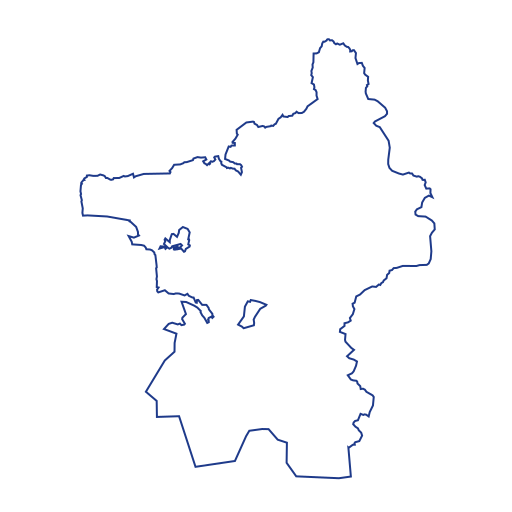 Batken, Batken, Kyrgyzstan, rotated 272°
{"feature_id": "92254566B65149347501284", "entity_name": "Batken", "entity_type": "district", "adm_level": 2, "iso_a3": "KGZ", "parent_name": "Kyrgyzstan", "parent_adm1": "Batken", "projection": "equal_earth", "projection_center": [70.889, 39.851], "detail": "fine", "context": "isolated", "style": "outline", "palette": "blue", "viewbox_px": 512, "rotation_deg": 272, "n_neighbors": 0, "source": "geoboundaries", "source_scale": "gbopen_adm2", "svg_char_len": 6114}
<svg xmlns="http://www.w3.org/2000/svg" viewBox="0 0 512 512"><g transform="rotate(272 256 256)"><path d="M474.8,319.5L473.8,319.0L472.5,317.0L472.6,315.8L470.8,314.8L467.8,314.3L466.0,312.8L461.8,311.7L460.6,309.5L460.4,306.5L451.6,306.6L449.4,305.8L446.3,306.1L442.8,304.9L440.7,305.3L438.7,304.9L436.7,306.6L430.7,305.5L429.4,307.9L426.7,308.5L424.8,308.1L423.9,309.8L421.8,310.8L418.4,310.9L415.0,312.1L407.4,302.3L404.9,301.2L401.8,298.9L400.5,296.8L400.3,293.5L401.6,291.5L400.2,290.4L399.4,288.3L397.5,287.4L397.0,283.7L396.0,282.8L396.4,278.5L398.0,277.6L395.4,275.8L393.9,273.7L388.8,271.2L388.3,270.0L386.6,268.6L386.9,266.7L386.3,266.3L385.4,261.9L384.6,260.7L385.7,259.8L386.2,258.1L385.0,253.8L387.0,252.4L388.2,249.9L389.9,249.3L390.2,248.3L389.1,241.7L381.4,232.2L377.6,232.6L376.6,233.5L372.5,231.3L369.1,228.5L368.3,228.7L368.2,230.9L365.7,231.0L365.5,227.6L364.2,226.8L364.5,224.9L356.4,222.0L351.9,221.7L350.5,225.6L349.4,226.9L349.0,229.9L347.7,231.6L347.7,233.3L347.1,233.8L347.2,236.8L346.3,238.0L344.7,238.9L343.6,238.0L339.3,239.0L336.7,238.0L339.8,235.2L340.9,232.8L342.5,231.5L342.5,229.8L343.2,227.7L342.6,226.9L343.3,225.2L342.9,223.9L343.5,223.7L346.0,218.7L347.6,218.0L349.1,218.1L349.5,217.2L351.9,215.5L354.5,214.8L353.9,211.5L353.1,210.8L351.0,212.0L349.3,210.6L348.6,208.9L349.1,207.7L347.6,206.4L346.7,206.9L346.0,206.2L346.6,205.3L345.1,203.9L346.4,202.4L346.8,201.2L348.8,199.9L350.7,203.0L352.9,201.8L352.4,197.6L352.8,194.1L351.2,190.1L349.6,189.6L347.4,183.5L347.2,181.1L346.2,180.1L344.9,177.1L344.3,171.0L340.9,169.1L338.0,166.6L336.9,167.6L335.5,167.0L334.1,141.0L331.5,133.0L330.3,131.3L333.9,130.2L331.4,125.1L330.9,122.2L331.4,121.0L329.2,116.6L328.9,111.1L327.6,110.5L327.1,108.8L327.2,107.8L328.8,104.7L328.7,103.3L330.5,102.1L331.2,100.8L332.0,97.4L330.6,94.8L330.4,90.5L330.9,86.7L330.5,84.2L329.1,84.2L327.6,81.8L326.7,81.3L326.0,81.8L325.7,80.8L323.3,78.9L322.3,78.8L322.0,79.4L320.7,78.6L314.5,78.3L311.8,79.0L310.7,78.5L305.7,80.0L304.4,79.6L297.5,81.2L293.0,81.0L290.3,81.7L290.7,86.3L290.3,105.8L287.1,128.6L286.2,128.4L285.7,129.6L280.9,135.2L275.9,137.2L273.5,137.3L272.4,138.3L270.1,133.3L271.5,128.0L265.9,131.3L263.3,131.9L263.0,140.9L262.4,143.8L260.6,145.5L258.9,146.2L258.8,149.8L258.1,151.8L256.0,154.2L254.2,154.6L253.4,155.4L243.0,157.0L241.1,157.2L240.3,156.6L232.1,157.7L229.4,157.3L227.5,157.9L221.5,157.9L221.1,159.7L218.9,158.3L217.2,158.6L216.2,159.6L218.6,166.1L215.5,170.0L215.1,175.1L215.8,177.2L215.8,180.4L214.1,186.0L215.8,188.8L213.9,190.2L212.3,193.9L212.3,195.1L207.4,197.4L207.2,198.4L209.9,198.6L210.1,199.8L205.3,203.9L205.4,208.2L202.4,210.5L201.0,210.8L196.7,214.4L195.3,214.5L193.8,215.7L192.6,214.5L193.8,213.5L192.4,210.9L190.6,210.3L190.3,210.9L188.2,211.1L187.4,209.6L192.5,206.5L194.8,204.3L198.0,202.5L199.1,202.7L202.4,199.2L204.3,195.8L207.6,187.8L207.7,183.2L195.5,188.0L191.8,184.6L190.3,184.4L185.8,187.3L184.9,186.6L184.3,183.9L185.8,182.3L184.9,180.2L186.4,174.6L185.1,171.1L179.8,166.6L175.6,179.2L166.3,177.7L157.5,177.9L148.4,168.5L116.5,150.7L107.7,161.8L91.7,162.6L93.2,184.7L43.2,202.9L50.4,242.1L75.6,252.4L81.1,255.4L83.3,268.2L83.4,274.6L73.2,284.1L70.5,293.4L50.4,293.8L37.2,303.9L36.8,346.6L38.9,358.5L67.9,355.0L67.6,355.4L70.7,359.3L70.9,361.3L72.2,360.9L73.4,361.7L74.6,365.7L80.2,368.3L83.1,367.3L85.4,364.8L87.3,363.9L88.9,361.3L91.3,359.0L93.0,359.4L94.6,360.8L95.4,363.6L101.9,366.0L100.9,368.8L101.5,369.9L101.3,371.6L99.6,374.2L104.0,375.1L110.7,378.1L119.2,378.6L120.8,377.4L124.1,371.1L126.2,369.5L127.1,367.6L126.7,365.3L129.6,364.7L132.1,361.9L134.0,361.5L134.8,360.7L135.1,357.4L135.9,355.1L140.0,351.9L142.1,356.0L144.1,357.6L149.8,359.8L154.1,360.6L155.9,357.3L157.1,352.7L159.0,350.5L165.6,357.2L167.5,354.4L173.5,348.4L175.3,347.9L181.1,348.2L183.1,342.5L185.8,342.7L189.2,346.9L191.9,346.8L192.9,350.3L194.7,352.9L197.3,352.0L201.2,354.8L206.4,356.2L209.1,354.6L211.7,354.2L212.8,356.2L219.1,357.6L221.1,361.3L225.7,365.8L229.6,373.2L229.3,377.1L231.8,379.8L231.4,381.2L233.3,382.2L234.3,383.8L236.0,384.5L238.3,387.2L241.8,387.7L243.6,389.7L246.0,390.0L246.7,392.4L248.7,394.0L249.0,397.0L251.2,403.0L251.6,416.7L252.6,419.7L253.1,427.0L254.6,428.9L259.0,430.7L266.8,431.1L281.9,429.3L285.4,431.0L288.8,433.7L294.8,433.1L297.6,430.5L301.3,424.1L301.5,416.7L303.0,414.0L305.9,413.6L308.3,415.2L310.6,419.6L315.3,420.2L320.0,422.7L322.4,426.7L320.9,430.2L325.0,428.1L328.8,428.1L329.6,427.2L329.3,423.8L332.8,422.1L335.5,423.0L338.1,422.0L337.8,420.3L338.1,419.6L339.3,419.3L340.9,417.1L341.4,415.3L340.9,414.0L341.9,410.5L343.9,409.1L343.9,407.0L344.7,405.9L342.5,400.0L343.4,396.0L345.9,389.1L348.7,386.3L352.5,384.9L356.8,384.8L368.9,385.9L375.8,384.5L389.1,375.2L390.4,371.6L393.0,369.0L394.6,370.2L400.2,380.0L402.7,382.0L405.2,381.9L408.7,379.9L414.9,372.2L416.4,369.1L416.8,362.7L422.3,360.1L424.1,359.8L427.9,360.0L429.5,361.3L430.7,360.9L431.8,362.5L435.2,361.7L439.0,361.8L441.1,358.7L442.5,357.7L447.7,358.0L449.8,356.2L452.7,355.0L452.4,352.1L451.4,350.7L457.3,348.5L462.3,348.8L465.1,346.7L465.0,345.5L463.9,344.5L463.7,343.0L465.3,343.0L466.8,342.1L468.1,340.8L468.2,339.5L469.5,337.4L471.6,335.8L470.1,332.4L471.2,329.7L470.4,328.5L471.5,326.8L473.1,326.0L474.3,324.4L474.0,322.4L475.0,321.6L475.2,320.4L474.8,319.5ZM183.4,246.2L185.0,244.3L186.8,240.5L195.2,246.0L205.0,246.7L210.4,249.4L210.0,251.7L211.8,252.3L211.1,256.9L210.1,261.5L207.6,268.1L206.7,267.5L203.4,262.1L195.2,257.1L192.4,255.9L189.0,256.5L186.7,256.3L183.4,246.2ZM257.7,183.9L260.8,181.0L259.5,174.6L259.7,173.7L261.3,173.4L261.5,175.0L260.7,176.4L262.4,176.1L263.0,177.2L261.3,177.8L261.7,179.6L264.0,181.7L265.4,180.2L262.8,171.9L261.2,171.0L260.3,169.2L261.6,167.1L260.0,165.3L261.0,164.8L261.5,163.6L260.1,159.3L262.4,160.3L262.2,163.3L261.4,164.8L262.0,166.8L264.8,163.6L267.6,164.8L269.0,164.1L270.4,164.8L266.8,169.3L269.1,169.3L274.9,171.1L275.2,172.8L272.4,176.4L276.4,178.0L279.3,178.3L282.4,181.9L280.7,186.7L277.3,188.9L270.4,187.7L270.4,188.4L269.6,188.7L265.2,187.9L264.3,189.5L263.1,189.3L260.6,185.6L258.3,184.9L257.7,183.9Z" fill="none" stroke="#1e3a8a" stroke-width="2"/></g></svg>